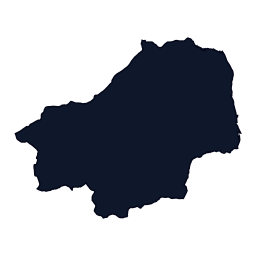 the district of Sieu, Maramures, Romania
{"feature_id": "2599482B22819283509287", "entity_name": "Sieu", "entity_type": "district", "adm_level": 2, "iso_a3": "ROU", "parent_name": "Romania", "parent_adm1": "Maramures", "projection": "orthographic", "projection_center": [24.196, 47.709], "detail": "fine", "context": "isolated", "style": "filled", "palette": "ink", "viewbox_px": 256, "rotation_deg": 0, "n_neighbors": 0, "source": "geoboundaries", "source_scale": "gbopen_adm2", "svg_char_len": 5785}
<svg xmlns="http://www.w3.org/2000/svg" viewBox="0 0 256 256"><path d="M103.3,217.9L105.1,217.3L107.0,217.1L108.4,215.4L109.2,214.9L112.0,214.0L113.0,213.9L116.1,214.8L117.9,216.3L119.2,217.2L120.1,217.5L123.0,217.6L124.7,216.9L126.9,216.6L127.4,215.9L127.1,214.4L127.5,213.1L127.3,212.9L128.0,209.7L128.5,209.0L130.2,207.4L132.7,207.5L134.8,207.1L137.3,206.1L140.0,207.8L140.7,208.0L141.5,207.0L143.0,205.7L143.3,205.1L144.4,204.4L146.6,204.4L150.5,203.8L152.0,203.2L153.6,202.1L156.1,201.4L157.4,200.1L158.9,199.2L159.9,197.8L160.2,197.5L160.7,197.2L161.3,197.0L163.1,196.9L165.2,197.3L168.1,196.9L168.8,197.0L170.2,197.4L170.6,197.9L171.1,198.2L172.3,198.3L174.9,198.0L177.2,198.0L179.1,198.5L181.6,198.3L183.3,198.4L185.8,193.5L186.7,191.4L187.0,190.6L186.5,189.4L186.3,187.9L185.9,186.6L185.1,186.2L184.3,185.0L184.2,184.5L185.7,181.7L186.6,179.2L187.8,177.6L187.9,176.7L187.8,174.1L188.5,173.3L188.7,171.7L188.5,170.2L189.2,168.3L189.6,165.5L190.3,163.3L191.0,162.0L191.2,161.1L191.5,160.2L191.7,159.4L192.5,159.6L193.1,158.5L193.5,158.3L194.7,158.1L195.4,157.3L196.1,157.2L197.5,156.5L197.8,156.6L198.1,156.9L198.6,157.1L199.9,157.1L200.7,156.8L200.9,156.7L201.8,155.6L201.9,155.2L201.7,154.8L202.4,154.5L202.9,154.5L203.3,153.9L203.8,153.7L204.7,153.6L205.9,153.0L206.1,152.5L206.9,151.9L207.3,152.0L207.3,152.5L207.7,152.6L208.4,152.5L208.5,152.3L208.9,152.1L209.5,152.2L209.2,151.7L209.4,151.5L211.3,151.8L214.7,150.7L215.3,151.1L216.4,151.5L218.0,150.8L220.5,151.0L220.5,151.5L221.1,152.0L221.8,152.3L222.1,152.6L223.9,153.1L224.7,153.0L225.0,152.8L225.3,151.9L226.5,151.7L229.0,152.3L229.8,152.7L230.2,152.5L230.3,152.3L230.5,151.2L230.9,151.0L232.2,150.0L233.1,149.0L234.0,148.5L234.6,148.4L237.0,148.5L237.7,148.3L237.3,146.6L239.2,141.8L239.6,140.5L239.7,139.6L239.4,136.5L238.6,138.2L238.5,137.8L238.0,135.6L237.7,132.4L238.7,132.4L239.9,132.9L240.6,133.0L238.1,127.9L237.6,126.1L235.9,123.9L235.8,122.4L236.9,122.4L236.5,118.6L236.9,116.9L237.1,117.0L237.3,116.1L237.5,116.2L237.6,115.5L235.9,115.1L235.8,113.0L235.1,110.5L233.4,103.9L233.6,103.0L233.5,102.2L233.1,100.5L232.3,98.7L231.1,97.4L231.6,97.1L230.8,95.9L231.7,95.6L231.7,94.0L231.9,92.2L231.7,90.9L231.1,89.3L231.1,87.5L231.4,85.8L231.6,84.1L231.6,82.9L231.4,82.0L231.9,80.6L231.7,80.5L232.4,79.1L232.4,77.7L232.8,76.7L233.0,75.5L233.1,74.0L232.8,72.1L232.3,70.4L231.6,69.5L229.7,65.6L229.3,65.1L229.0,64.3L228.7,64.1L227.0,61.4L226.4,60.2L226.0,58.8L224.3,54.5L223.9,54.2L223.3,53.0L222.8,52.3L222.8,53.1L221.6,51.8L220.6,52.8L219.9,51.3L219.7,51.3L219.2,52.2L217.9,51.5L214.9,50.2L215.0,50.1L213.5,49.1L213.2,49.2L212.8,49.5L210.6,49.1L209.1,49.2L208.7,48.8L208.2,48.8L207.6,48.6L207.2,48.6L206.7,48.9L206.3,48.9L206.0,49.1L205.3,48.7L204.9,49.1L204.6,49.0L205.0,50.0L204.9,50.7L204.8,50.8L203.9,50.5L203.6,49.9L203.0,49.9L203.3,49.3L202.7,49.0L201.5,48.7L201.3,49.0L201.3,49.4L201.1,49.4L200.9,48.9L201.0,48.0L200.2,47.7L200.1,47.9L199.0,47.1L198.4,47.4L198.2,46.8L197.9,46.6L197.2,47.0L196.9,45.9L196.3,46.3L195.2,45.4L194.5,44.6L193.6,42.9L193.1,41.4L192.3,41.1L191.9,40.7L191.5,39.9L190.5,39.0L189.8,38.7L188.7,38.6L188.1,38.1L187.5,38.3L186.3,39.2L185.6,40.1L184.4,40.9L184.0,41.1L179.2,41.1L177.2,40.6L176.1,40.6L174.7,40.9L173.4,41.6L171.2,42.1L167.5,42.2L164.6,44.4L163.9,45.4L162.1,47.2L159.8,47.9L158.5,47.2L158.0,47.3L157.8,47.2L157.2,46.6L156.7,45.7L156.2,45.1L154.2,44.0L153.4,43.1L152.1,42.2L151.0,42.1L146.1,42.2L145.7,42.0L145.1,40.6L143.3,40.8L142.7,40.7L142.1,40.4L142.0,41.0L142.0,41.8L141.5,43.1L141.4,43.8L141.5,44.3L142.1,45.2L142.2,46.7L142.9,48.7L142.8,49.3L142.5,50.1L142.3,51.1L141.0,51.8L139.6,53.0L138.5,53.7L137.9,54.6L137.2,55.1L134.7,57.3L131.3,61.6L130.7,62.9L129.4,64.7L128.0,66.3L126.5,67.6L125.3,68.4L122.5,70.7L119.7,72.5L117.5,73.7L115.0,75.8L114.1,77.0L113.3,78.5L112.5,79.7L112.1,80.6L112.1,82.2L111.8,82.8L110.4,83.9L109.4,85.0L107.6,87.1L104.7,90.0L103.1,91.4L101.4,92.5L98.9,94.5L98.0,95.1L97.2,95.3L95.5,95.4L94.8,95.8L94.5,96.2L94.2,98.3L93.7,99.1L90.8,101.6L88.4,102.6L86.7,103.5L82.2,103.9L81.1,103.4L79.2,103.2L75.4,103.1L71.8,101.7L70.9,101.6L70.5,101.9L69.3,103.3L68.1,104.3L66.3,105.3L64.6,105.0L62.1,105.3L61.2,105.8L60.4,106.4L58.5,106.8L53.3,106.4L50.4,106.7L47.9,106.8L46.2,107.2L45.5,107.7L44.5,109.6L44.1,111.5L43.9,111.8L43.5,112.8L42.7,113.0L42.1,113.6L41.6,114.3L41.4,116.1L41.5,117.4L41.4,118.0L41.0,119.1L40.2,120.1L39.5,120.3L38.5,120.2L35.8,121.5L32.1,123.7L30.5,124.4L29.9,125.1L29.3,126.0L29.0,126.6L27.8,126.9L27.2,126.6L26.7,126.6L20.1,131.3L15.4,133.7L15.8,134.4L17.0,138.6L17.9,139.6L20.4,141.4L21.7,142.0L24.7,142.0L25.3,141.9L26.9,141.2L29.8,143.5L32.2,145.1L34.2,146.8L37.1,149.3L37.6,150.4L38.3,150.9L38.4,151.5L38.2,152.5L37.8,153.5L37.8,154.9L37.5,155.9L36.8,157.1L36.6,157.9L36.7,158.4L37.8,158.9L37.9,159.2L37.7,160.4L37.2,162.1L36.4,164.4L36.2,164.7L36.0,164.8L34.6,164.7L34.3,165.0L34.2,165.4L34.1,166.9L34.2,168.3L34.5,169.5L34.8,174.5L35.0,175.4L35.3,175.7L37.1,176.2L37.5,176.5L39.4,182.0L39.9,183.9L39.8,185.1L38.9,186.9L37.3,188.8L39.3,189.8L41.8,190.7L42.8,190.7L44.0,190.5L44.9,190.5L45.9,191.1L48.8,190.4L50.5,190.2L51.1,189.9L51.4,189.2L53.4,189.2L54.1,188.7L54.6,188.6L55.3,188.9L57.0,188.4L57.8,187.8L59.2,187.6L60.8,186.2L62.2,185.7L65.4,185.0L66.5,185.3L66.9,185.7L69.6,186.9L71.9,189.9L72.2,189.9L72.2,187.9L72.6,187.5L73.8,187.0L76.1,186.8L77.9,187.1L79.6,186.6L80.3,186.2L80.6,186.7L83.4,185.0L86.0,182.9L87.1,184.6L90.3,188.8L91.2,189.6L92.0,190.0L93.8,190.4L94.6,191.1L94.8,191.9L94.7,192.4L93.8,194.0L93.2,194.8L92.4,196.6L92.3,197.4L92.3,199.2L92.3,200.4L92.5,200.6L93.5,201.8L94.1,202.8L95.0,204.0L95.8,204.8L95.9,205.1L95.8,207.0L94.6,209.7L94.5,210.6L94.6,211.2L96.7,214.0L97.3,214.5L99.2,215.3L100.3,215.3L101.7,215.9L102.5,216.6L103.3,217.9Z" fill="#0f172a" stroke="#020617" stroke-width="1.5"/></svg>